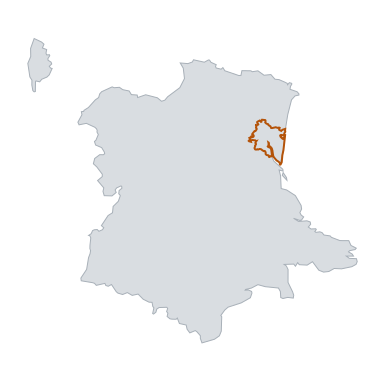 where Gironde sits in France, rotated 181°
{"feature_id": "FRA-5295", "entity_name": "Gironde", "entity_type": "Metropolitan department", "adm_level": 1, "iso_a3": "FRA", "parent_name": "France", "parent_adm1": "", "projection": "albers", "projection_center": [-0.442, 44.886], "detail": "fine", "context": "in_parent", "style": "outline", "palette": "amber", "viewbox_px": 384, "rotation_deg": 181, "n_neighbors": 0, "source": "natural_earth", "source_scale": "10m", "svg_char_len": 6660}
<svg xmlns="http://www.w3.org/2000/svg" viewBox="0 0 384 384"><g transform="rotate(181 192 192)"><path d="M294.6,146.8L292.1,148.5L290.7,151.7L289.1,152.5L286.1,152.8L284.4,151.1L280.9,152.7L279.6,154.7L282.0,156.8L275.5,167.0L271.1,169.9L270.6,176.2L265.5,181.4L263.8,186.5L263.7,187.4L265.2,188.9L264.9,192.2L262.2,194.5L262.4,196.5L263.2,196.8L267.4,194.8L268.9,192.7L267.8,190.2L271.9,186.7L279.7,186.8L281.0,191.0L280.3,194.6L286.6,201.8L282.0,205.8L282.0,208.2L287.7,215.5L291.1,218.5L289.9,223.8L284.9,227.7L281.4,227.7L280.0,228.7L280.3,230.3L283.1,234.8L289.2,237.3L290.4,240.8L288.9,242.2L286.7,247.8L288.1,250.4L287.8,251.6L288.5,253.4L290.2,255.0L298.8,258.8L306.1,257.2L307.3,259.8L303.4,267.3L304.0,270.4L301.7,270.7L301.4,271.8L297.1,274.6L290.3,282.4L287.0,284.8L286.0,288.5L284.1,290.7L273.7,295.7L271.6,294.9L266.4,295.4L263.0,293.1L256.6,291.9L254.3,288.3L248.5,288.0L248.0,285.5L240.0,288.4L228.3,285.6L224.0,282.2L220.8,283.3L218.0,286.8L206.0,296.1L201.5,305.3L202.9,315.7L206.0,320.8L198.3,320.3L193.9,322.0L192.8,324.2L181.9,322.0L177.9,324.3L176.8,324.2L175.3,322.0L170.0,319.7L170.7,318.0L170.0,316.4L165.0,315.3L163.3,316.9L161.3,313.8L147.3,309.3L145.1,309.4L144.2,314.2L135.2,314.2L133.9,313.3L128.2,314.3L122.0,310.0L115.2,310.8L111.0,306.2L107.0,305.9L101.2,303.5L98.7,302.3L98.3,300.9L96.6,303.0L94.5,302.5L94.0,301.8L95.4,299.3L95.8,296.4L88.7,294.1L86.8,292.0L86.8,290.8L90.6,289.9L94.1,285.9L97.6,271.1L100.1,253.7L101.8,250.4L104.0,249.5L102.3,247.1L100.1,250.2L101.6,234.2L104.1,222.2L109.9,227.2L111.2,229.3L112.9,236.5L116.2,239.5L114.1,236.6L112.0,227.0L110.7,224.3L101.6,216.3L101.3,214.5L105.3,215.5L103.7,209.5L102.9,197.0L97.4,195.7L88.6,190.2L82.7,180.5L82.1,176.9L83.8,173.2L82.4,170.8L79.9,169.0L82.0,165.9L83.7,165.5L90.0,167.5L84.9,164.4L76.6,165.2L73.3,164.1L72.8,161.8L75.1,159.0L72.4,157.1L67.6,157.4L67.1,156.6L68.5,154.6L67.4,153.8L63.5,154.4L61.3,153.7L59.3,151.3L53.1,150.5L51.8,149.1L43.3,146.0L34.4,146.1L32.1,141.3L26.8,138.7L27.9,137.3L33.4,136.1L34.5,134.9L30.7,132.7L29.4,130.7L36.6,130.6L33.5,128.4L26.4,128.2L25.6,125.3L26.7,122.5L30.9,120.1L41.1,117.8L48.5,118.0L53.8,114.9L59.0,114.2L63.8,116.0L70.3,124.4L75.6,120.9L83.5,121.2L85.1,123.2L87.3,119.6L89.0,121.7L98.6,121.2L96.4,119.7L94.6,116.2L94.4,103.3L89.7,94.0L88.5,90.6L88.9,87.7L94.5,88.3L99.2,87.1L101.4,88.0L101.9,94.0L103.9,97.5L117.0,98.6L124.5,100.5L130.9,97.0L136.8,95.5L137.2,94.7L133.8,95.0L130.7,93.6L130.3,92.0L131.8,87.3L140.8,82.0L153.9,77.5L157.2,74.5L161.0,69.1L160.1,67.8L160.3,53.4L162.1,48.7L166.9,45.2L179.4,41.3L181.1,45.8L181.1,48.4L184.6,52.3L186.3,53.5L191.7,51.1L194.5,54.7L195.5,58.9L202.3,60.3L204.5,65.7L205.6,64.5L209.8,64.5L211.8,64.8L214.7,67.1L214.0,70.4L215.3,72.0L214.3,75.1L215.2,76.3L222.9,75.9L225.2,74.3L226.0,71.2L228.3,69.3L229.2,69.8L228.1,75.5L229.2,76.9L230.0,81.0L233.0,81.1L238.9,83.9L244.1,89.0L250.0,87.6L254.9,90.3L259.6,88.3L264.3,89.6L266.0,91.0L270.9,98.1L274.1,96.3L276.5,97.0L277.5,99.1L286.1,97.0L287.9,99.0L289.8,99.6L301.2,101.3L301.6,104.0L296.0,112.8L294.3,124.5L292.8,128.7L292.4,131.7L293.1,133.6L293.1,136.8L292.4,144.4L293.4,146.5L294.6,146.8ZM354.0,296.2L354.0,301.0L356.1,304.2L358.4,317.7L355.6,324.7L355.9,332.7L352.5,342.7L345.0,339.3L342.6,337.2L344.1,333.4L339.8,331.9L340.4,328.3L339.8,326.6L336.9,326.7L336.6,325.8L338.4,322.9L338.2,321.2L335.2,319.4L334.5,317.6L336.9,315.2L335.5,313.4L334.0,313.1L336.8,306.6L339.0,304.4L344.2,302.1L346.2,299.5L349.9,300.3L350.4,299.6L350.4,289.7L351.6,289.4L352.9,290.6L354.0,296.2ZM102.0,210.2L101.2,213.0L97.8,208.1L97.3,205.4L102.0,210.2Z" fill="#d9dde1" stroke="#a8b0b8" stroke-width="1"/><path d="M99.9,256.7L100.0,255.5L100.0,255.0L99.8,254.1L99.8,253.8L100.4,252.9L100.5,252.7L100.6,252.3L101.0,250.8L101.5,250.3L102.0,250.3L103.5,250.6L104.3,250.5L104.7,250.2L104.7,249.7L104.2,249.1L104.5,249.1L104.3,248.6L102.6,247.0L102.3,246.9L102.2,246.8L102.1,246.7L101.8,246.6L101.7,246.7L101.7,246.9L101.7,247.0L101.5,247.4L100.4,248.9L100.1,250.4L99.9,251.1L99.8,251.5L101.3,235.5L102.3,230.4L102.8,223.6L102.9,223.1L103.7,221.5L104.0,221.0L104.4,220.9L104.6,221.0L104.7,221.4L104.7,221.8L104.5,222.0L104.6,222.4L104.9,222.8L105.0,223.0L106.6,224.2L107.5,224.8L107.9,224.9L110.6,228.0L111.2,228.9L111.5,229.9L111.6,230.6L111.9,231.8L112.3,234.8L112.4,235.2L113.1,237.0L113.9,238.1L114.8,238.9L115.5,239.4L115.7,239.6L115.9,240.0L115.9,240.3L115.9,240.8L115.9,241.5L116.0,242.2L116.2,242.7L116.5,242.9L116.4,242.5L116.3,241.6L116.2,241.2L116.4,240.3L116.1,239.6L115.6,239.1L115.1,238.7L115.8,238.8L116.4,238.9L116.9,239.2L117.4,239.6L116.9,238.6L116.0,238.1L115.0,237.8L114.1,237.1L113.7,236.3L113.4,235.3L112.6,229.1L113.4,229.0L114.2,229.2L114.4,229.2L114.6,229.1L114.7,228.9L114.8,228.7L115.0,228.4L115.4,228.3L115.6,228.5L115.8,229.0L115.9,229.6L116.0,229.8L116.3,230.0L116.8,230.1L117.1,230.1L117.3,230.1L117.6,230.2L118.0,230.3L118.7,230.8L118.9,231.2L119.1,231.4L119.1,231.6L119.0,232.3L119.0,232.5L119.1,232.8L119.1,233.0L119.3,233.4L119.5,233.9L119.7,234.1L119.9,234.2L120.1,234.3L120.7,234.1L121.0,234.1L121.7,234.6L122.0,234.7L122.4,234.9L122.6,235.1L123.0,235.5L123.6,235.9L124.8,236.2L125.1,236.2L125.4,236.1L126.4,235.7L126.7,235.6L127.3,235.9L128.0,235.6L129.4,235.6L129.8,236.0L130.2,236.8L130.2,237.4L129.6,238.9L129.6,239.1L129.7,239.6L129.5,239.8L129.3,240.1L129.1,240.4L128.9,240.8L128.9,241.2L129.0,241.5L129.5,242.1L129.5,242.4L128.5,244.0L128.8,243.9L128.9,244.1L129.0,244.1L129.4,244.6L129.5,244.7L132.8,245.1L133.2,244.9L133.9,244.1L134.3,243.7L134.1,243.3L134.5,243.4L135.8,243.7L135.9,243.8L136.0,243.9L136.2,244.1L135.9,244.5L135.6,244.8L135.2,245.0L134.8,245.1L135.1,246.2L135.3,246.7L135.6,247.1L135.3,247.3L135.1,247.3L134.3,247.2L134.1,247.3L134.0,247.7L134.0,248.3L133.9,248.5L133.7,248.7L133.4,248.7L133.2,248.5L133.0,248.2L132.7,247.9L132.4,247.9L132.1,248.0L131.8,248.2L131.5,248.4L131.3,248.9L131.3,249.3L131.4,249.7L131.7,250.1L132.6,250.4L132.8,250.6L132.7,251.2L130.7,253.8L130.5,254.0L130.3,254.1L129.8,254.0L129.6,254.1L128.7,255.4L128.5,255.8L128.4,256.2L128.5,256.5L129.0,257.1L129.1,257.3L129.1,257.7L128.8,258.3L128.8,258.6L128.9,258.9L129.1,259.2L129.2,259.5L129.2,260.0L128.7,259.9L127.2,260.4L126.9,260.7L127.1,261.2L127.8,261.9L128.1,263.0L127.3,263.7L125.6,264.6L124.2,263.3L123.8,263.5L123.7,265.0L123.3,265.5L120.1,265.2L119.8,264.9L119.7,264.2L120.0,262.8L119.8,262.6L118.7,261.6L117.2,261.2L116.9,260.9L116.8,260.7L116.7,260.2L114.7,259.0L114.5,258.6L114.3,257.9L114.0,257.4L113.1,257.3L109.4,258.2L107.5,257.6L106.4,257.9L106.0,257.9L105.5,257.7L106.0,256.2L105.7,255.5L103.9,254.7L103.8,254.9L102.4,255.9L99.9,256.7Z" fill="none" stroke="#b45309" stroke-width="2"/></g></svg>